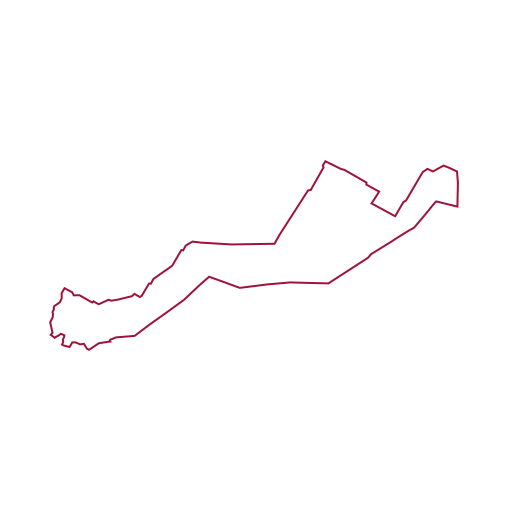 Akdepe, Tashauz, Turkmenistan (Equal Earth projection), rotated 210°
{"feature_id": "10190150B20893258254384", "entity_name": "Akdepe", "entity_type": "district", "adm_level": 2, "iso_a3": "TKM", "parent_name": "Turkmenistan", "parent_adm1": "Tashauz", "projection": "equal_earth", "projection_center": [58.748, 41.039], "detail": "fine", "context": "isolated", "style": "outline", "palette": "rose", "viewbox_px": 512, "rotation_deg": 210, "n_neighbors": 0, "source": "geoboundaries", "source_scale": "gbopen_adm2", "svg_char_len": 2264}
<svg xmlns="http://www.w3.org/2000/svg" viewBox="0 0 512 512"><g transform="rotate(210 256 256)"><path d="M157.3,314.6L157.2,315.3L145.6,336.8L143.5,341.1L136.0,355.1L133.7,358.8L133.3,359.4L130.1,377.1L127.7,391.9L127.5,392.0L127.2,393.4L108.2,398.9L106.3,399.5L117.7,420.3L124.2,429.7L132.5,429.0L138.8,428.1L145.0,417.7L151.1,417.2L153.6,412.0L153.8,379.2L155.2,376.6L155.3,376.2L155.4,360.0L171.4,359.6L182.2,359.3L181.7,368.9L181.6,373.3L195.8,373.0L196.1,373.0L197.0,374.8L222.3,374.8L224.9,374.2L225.4,373.9L243.3,372.7L243.3,368.7L243.3,367.7L242.1,366.7L241.8,366.5L241.6,340.6L243.5,339.0L243.7,338.8L246.2,286.6L246.2,286.2L246.1,275.8L255.2,270.4L271.4,260.7L282.9,253.8L290.7,249.9L307.9,241.3L310.3,240.1L317.8,236.9L318.2,236.7L322.1,229.9L322.0,228.6L321.9,224.5L322.9,224.1L323.6,223.8L323.7,206.4L323.7,205.7L325.5,201.8L329.5,193.2L333.2,185.2L333.4,184.7L333.2,179.9L333.2,179.5L333.3,179.5L334.9,178.6L335.0,168.2L335.0,164.5L335.5,163.6L336.0,162.4L336.6,162.4L340.4,162.4L342.4,162.4L343.0,160.2L343.3,159.2L351.7,151.2L354.1,148.9L356.8,146.7L358.7,145.2L359.0,144.9L360.7,144.6L361.8,144.4L368.0,135.7L369.1,135.5L374.0,135.5L374.0,135.4L374.6,133.8L378.3,133.8L382.1,133.8L387.1,133.8L388.9,133.8L389.2,133.8L392.2,132.0L394.2,130.8L394.3,130.9L397.0,132.7L405.7,132.4L405.7,128.5L405.6,126.3L404.5,124.5L403.0,122.0L403.0,121.8L402.8,117.8L402.8,117.7L403.5,116.2L404.7,113.6L405.6,111.9L405.5,111.4L405.4,110.2L404.6,109.1L404.3,108.8L404.3,107.9L404.3,106.8L404.2,105.7L402.8,104.3L401.4,101.2L401.1,95.7L393.8,87.7L394.3,85.1L394.1,85.1L392.6,84.9L389.4,84.5L388.8,85.9L388.3,86.8L388.0,87.2L387.0,88.6L386.8,89.3L386.1,91.0L382.4,91.5L381.7,90.2L381.7,89.7L381.5,87.8L381.4,87.0L381.4,86.9L380.7,86.1L380.1,85.3L380.0,85.2L379.7,82.3L379.1,82.3L378.1,82.3L371.9,84.0L371.9,85.8L371.9,89.3L371.6,89.5L368.9,91.0L367.3,91.2L364.2,91.5L361.1,93.9L356.1,91.2L353.7,91.3L353.6,91.5L353.1,92.5L352.7,93.3L350.6,97.6L348.7,101.4L348.4,101.9L344.5,105.1L339.9,108.7L340.3,108.7L340.4,110.5L336.6,115.5L321.2,126.1L313.8,143.6L305.9,160.8L296.5,181.9L289.6,204.9L286.2,214.6L269.6,217.6L254.1,220.3L231.8,237.2L213.2,250.2L189.6,263.0L182.7,266.8L179.6,268.5L158.2,310.3L157.3,314.6Z" fill="none" stroke="#9f1239" stroke-width="2"/></g></svg>